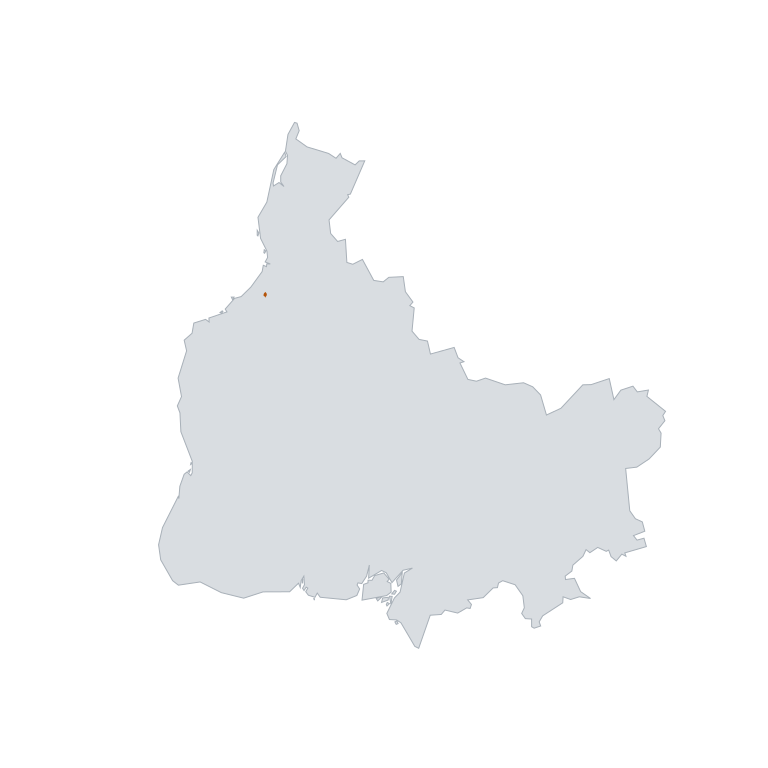 location of Capela do Alto, São Paulo, Brazil, rotated 164°
{"feature_id": "56859067B13342023452969", "entity_name": "Capela do Alto", "entity_type": "district", "adm_level": 2, "iso_a3": "BRA", "parent_name": "Brazil", "parent_adm1": "São Paulo", "projection": "mercator", "projection_center": [-47.738, -23.473], "detail": "fine", "context": "in_parent", "style": "filled", "palette": "amber", "viewbox_px": 768, "rotation_deg": 164, "n_neighbors": 0, "source": "geoboundaries", "source_scale": "gbopen_adm2", "svg_char_len": 4353}
<svg xmlns="http://www.w3.org/2000/svg" viewBox="0 0 768 768"><g transform="rotate(164 384 384)"><path d="M216.5,161.9L223.6,168.0L232.6,165.1L235.4,169.1L240.3,163.5L252.4,157.8L255.0,152.4L262.8,149.4L263.4,146.0L254.5,144.7L252.2,130.2L244.6,120.9L254.9,125.6L264.0,125.4L270.5,130.1L272.5,124.4L295.4,117.4L300.4,112.6L300.1,108.2L307.0,107.9L309.0,110.0L306.9,117.4L312.8,119.5L314.9,125.5L310.8,130.2L308.9,142.2L313.3,154.9L324.1,162.2L328.8,161.1L331.1,157.0L335.3,157.9L347.5,151.3L363.1,153.4L360.7,148.0L363.1,144.5L366.2,146.0L376.3,143.5L387.7,149.9L392.5,146.7L403.3,149.0L423.5,120.4L426.7,123.3L433.5,149.7L437.0,153.8L443.7,156.1L444.5,162.7L433.0,175.4L425.9,179.5L416.5,196.7L407.4,199.2L417.0,199.7L431.1,190.9L433.9,202.0L437.7,205.4L452.3,201.6L448.0,214.0L453.7,204.1L460.4,198.3L463.8,200.0L465.3,198.2L463.9,193.7L468.4,188.2L479.8,187.0L504.1,196.6L505.8,201.4L509.2,198.0L514.9,201.8L516.5,205.9L513.5,208.8L514.8,210.2L517.8,207.5L518.6,210.1L515.8,212.9L514.0,221.4L517.8,217.9L520.6,211.5L521.1,216.1L532.0,210.3L557.5,217.5L577.9,216.8L597.9,228.3L615.3,244.4L637.1,247.3L641.4,253.2L647.1,276.5L645.0,291.6L636.5,307.0L612.9,332.5L612.8,330.4L608.4,342.0L601.0,352.3L597.5,353.8L595.0,349.2L592.8,351.5L589.6,362.5L592.4,394.1L588.1,412.5L588.7,419.9L582.1,427.7L580.3,446.4L564.6,470.3L564.0,481.2L554.5,485.7L550.0,495.0L537.7,495.3L535.0,491.8L534.1,495.7L515.1,496.6L516.0,499.8L504.0,507.5L497.2,507.4L485.2,513.9L470.1,525.7L467.3,531.4L464.6,529.2L463.6,531.8L460.2,530.7L464.6,534.1L461.0,537.7L459.9,544.1L462.5,558.0L459.2,579.0L446.5,591.1L430.8,620.5L415.7,634.1L415.4,629.6L426.0,624.0L435.3,607.7L435.6,604.8L429.4,606.6L425.7,601.4L427.6,606.6L425.9,612.6L416.6,622.5L413.7,630.4L414.6,634.9L407.5,650.4L397.9,660.1L395.7,658.7L395.7,650.9L401.2,643.9L392.6,633.1L373.7,620.9L367.9,614.2L362.5,617.7L362.0,613.0L351.4,602.6L346.3,605.3L341.0,603.8L364.0,575.8L366.8,576.0L366.3,573.3L391.6,556.9L393.8,543.4L389.3,533.8L381.2,533.7L386.2,511.1L381.0,507.7L370.4,509.7L365.3,486.4L356.6,482.4L350.0,485.2L335.9,481.9L338.0,466.8L333.6,454.8L337.6,452.2L334.0,448.8L342.5,427.1L338.0,417.2L330.4,413.3L331.1,400.0L306.5,399.8L305.6,388.8L301.0,383.4L305.2,383.3L302.1,365.3L294.4,361.2L284.8,361.7L267.7,349.8L249.5,346.7L241.8,340.3L236.5,330.3L236.4,309.4L220.6,311.9L193.1,328.4L185.0,326.3L166.0,327.1L167.3,305.6L158.0,312.8L145.3,313.3L142.7,306.6L131.5,305.3L134.7,299.6L120.9,280.1L124.7,276.8L124.1,271.3L132.5,265.3L131.2,260.4L135.8,247.2L149.8,238.9L163.9,234.4L175.0,236.2L182.7,194.4L179.5,185.2L173.7,180.2L173.9,170.6L186.0,169.5L183.8,164.2L176.6,164.1L176.6,155.4L199.1,155.3L198.9,151.7L202.3,154.9L209.5,149.9L213.3,155.5L213.8,162.4L216.5,161.9ZM439.8,179.9L464.7,182.3L458.8,197.0L454.2,197.3L453.4,199.8L449.7,198.6L445.7,202.4L436.3,202.4L432.9,195.0L435.4,193.2L432.4,190.5L434.5,182.0L439.8,179.9ZM418.5,197.6L422.4,187.1L426.3,185.6L426.0,192.1L418.5,197.6ZM446.6,174.7L444.2,178.7L438.6,177.8L439.5,175.2L446.6,174.7ZM438.1,170.4L437.2,178.5L434.7,177.6L438.1,170.4ZM450.6,179.9L447.0,180.3L445.4,179.6L449.8,177.2L450.6,179.9ZM434.4,180.1L430.7,182.7L429.2,181.4L431.8,179.0L434.4,180.1ZM441.1,173.1L439.3,171.4L442.3,169.8L442.6,171.3L441.1,173.1ZM439.1,152.3L437.0,152.7L436.5,149.8L438.5,149.6L439.1,152.3ZM463.5,566.7L462.7,563.7L464.4,561.1L464.9,561.9L463.5,566.7ZM506.2,506.4L506.8,509.6L504.2,508.9L506.2,506.4ZM462.1,546.1L461.0,544.4L462.7,542.6L463.3,543.3L462.1,546.1ZM517.2,216.1L515.7,219.2L517.2,214.8L517.2,216.1ZM596.2,354.3L593.7,355.2L595.3,352.8L596.2,354.3ZM521.9,497.9L519.4,498.9L518.8,498.3L520.4,496.9L521.9,497.9ZM592.1,359.9L591.1,361.6L590.5,360.5L592.1,359.9ZM510.5,195.4L510.7,197.0L510.0,196.8L510.5,195.4Z" fill="#d9dde1" stroke="#a8b0b8" stroke-width="1"/><path d="M472.9,503.6L473.0,503.6L473.1,503.8L473.1,504.0L473.3,503.9L473.5,503.9L473.6,503.7L473.8,503.6L473.8,503.4L474.0,503.3L474.0,503.2L474.2,502.9L474.3,502.8L474.4,502.7L474.5,502.7L474.6,502.4L474.6,502.2L474.4,502.1L474.3,501.9L474.2,501.8L474.2,501.7L473.9,501.5L473.7,501.5L473.7,501.4L473.6,501.5L473.4,501.5L473.2,501.6L473.2,501.8L473.1,502.0L473.2,502.3L472.9,502.4L472.8,502.5L472.9,502.8L472.8,502.7L472.7,502.7L472.6,502.8L472.6,503.0L472.8,503.1L472.7,503.1L472.8,503.1L472.8,503.3L472.9,503.5L472.9,503.6Z" fill="#f59e0b" stroke="#b45309" stroke-width="1.5"/></g></svg>